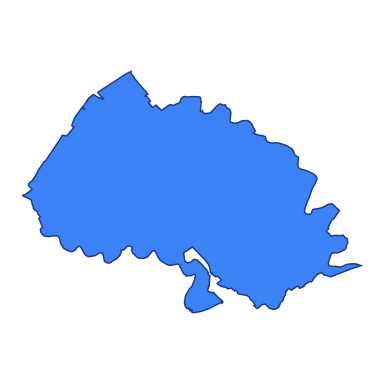 Pantelimon, Ilfov, Romania (Robinson projection)
{"feature_id": "2599482B87197553509552", "entity_name": "Pantelimon", "entity_type": "district", "adm_level": 2, "iso_a3": "ROU", "parent_name": "Romania", "parent_adm1": "Ilfov", "projection": "robinson", "projection_center": [26.262, 44.455], "detail": "fine", "context": "isolated", "style": "filled", "palette": "blue", "viewbox_px": 384, "rotation_deg": 0, "n_neighbors": 0, "source": "geoboundaries", "source_scale": "gbopen_adm2", "svg_char_len": 6005}
<svg xmlns="http://www.w3.org/2000/svg" viewBox="0 0 384 384"><path d="M361.0,265.6L355.8,263.9L351.8,263.8L347.0,264.3L341.9,266.7L339.6,267.1L335.6,266.3L331.4,266.4L329.2,265.8L328.5,264.4L328.3,263.5L329.0,260.0L331.2,253.9L332.5,253.1L335.0,252.8L337.5,252.9L340.0,252.0L344.5,249.8L345.6,248.6L346.3,246.8L346.6,245.3L347.8,242.4L347.3,238.8L345.1,237.6L343.1,235.2L340.3,235.6L335.1,235.4L331.1,236.2L330.3,234.9L327.0,231.8L326.6,230.8L327.2,229.7L328.7,229.1L328.7,228.8L328.2,227.5L328.9,226.0L329.1,225.1L329.3,225.0L331.6,220.5L334.2,218.2L339.5,210.6L332.0,203.7L328.0,204.4L322.7,207.4L318.9,208.5L313.3,209.3L312.4,210.0L311.4,213.7L307.7,214.4L305.7,213.4L304.4,211.7L305.3,207.1L310.6,193.5L311.3,191.1L312.9,187.3L314.3,185.2L316.3,180.9L316.8,179.6L317.0,177.9L315.9,176.1L313.3,173.8L307.8,171.2L304.8,170.2L302.0,169.6L299.2,168.2L298.2,167.1L297.9,165.1L298.0,161.5L298.5,158.7L298.4,157.5L297.9,156.8L294.8,154.9L294.0,153.1L293.3,150.7L291.7,148.7L287.6,146.1L286.2,145.5L283.0,144.3L279.1,143.2L276.9,142.7L272.5,143.0L270.6,142.9L268.6,142.3L267.6,141.8L266.2,140.2L265.4,137.1L264.5,136.3L262.8,135.7L260.0,135.4L258.0,134.8L253.8,133.4L253.5,132.6L254.3,132.2L254.8,131.4L255.3,131.2L254.4,129.1L253.2,127.2L252.3,124.9L249.7,121.5L247.7,120.7L246.5,120.5L241.9,120.8L238.4,122.6L236.0,123.2L233.8,123.1L230.6,122.2L230.1,121.7L229.8,120.6L230.2,119.1L230.8,113.1L230.6,111.3L229.8,109.6L229.2,109.1L227.1,107.9L226.6,107.4L225.6,105.9L225.8,105.2L225.3,104.9L222.9,105.3L222.3,104.7L220.9,104.0L219.7,104.0L219.0,104.4L216.1,106.8L211.0,112.3L209.7,113.1L204.6,113.5L203.2,112.7L202.5,110.9L202.4,111.2L200.6,111.6L200.4,111.4L200.9,103.1L201.4,102.2L201.4,101.6L201.1,101.1L200.3,97.5L199.3,96.9L195.4,96.6L191.4,96.7L188.2,97.0L184.3,96.5L183.4,96.7L182.4,97.5L181.4,98.8L180.7,99.2L180.2,101.5L179.6,102.7L177.8,103.6L176.3,103.9L173.8,105.4L173.3,105.5L172.0,105.0L170.6,104.7L169.2,105.0L161.5,110.4L156.1,105.1L152.6,107.4L148.5,102.5L150.5,101.2L146.6,96.1L144.5,96.4L146.8,94.7L147.9,94.1L138.6,83.4L134.6,78.5L133.5,76.5L132.1,74.9L131.3,73.7L131.1,73.0L131.1,71.4L126.0,73.9L97.9,92.2L98.4,93.3L102.1,97.9L103.3,98.8L102.2,99.0L98.9,97.7L96.6,96.5L93.8,94.6L92.6,94.9L88.7,98.3L87.3,100.0L87.7,100.2L86.0,102.4L83.8,105.6L82.6,106.8L84.7,109.1L84.5,109.3L81.7,107.9L74.2,118.5L71.8,125.6L72.4,126.6L74.1,127.2L66.8,135.9L62.3,135.2L61.8,136.2L62.0,136.2L61.5,137.1L45.3,161.3L44.0,161.8L42.1,164.9L39.2,168.9L35.5,175.6L32.5,180.3L28.9,183.4L28.4,185.2L29.6,186.8L32.1,189.4L25.1,194.6L23.0,195.0L23.4,195.6L23.3,196.4L23.9,196.3L26.2,197.2L28.9,198.5L31.3,200.0L31.5,201.2L32.0,202.8L32.1,204.0L33.2,206.3L33.4,208.3L33.7,209.0L35.4,210.5L36.8,211.4L37.7,212.3L37.5,213.1L38.6,214.8L40.4,217.0L38.8,218.2L42.6,227.4L41.0,228.5L40.3,230.0L40.9,232.3L41.7,233.6L42.9,234.9L44.0,235.7L44.9,236.1L46.5,236.4L49.7,236.6L52.9,235.9L55.1,235.8L57.9,236.2L59.5,238.1L60.5,243.0L61.2,244.7L62.0,245.6L63.2,247.8L64.0,248.6L67.1,250.4L71.1,251.7L72.1,251.7L74.6,250.5L75.8,249.2L75.6,249.1L76.1,248.4L76.5,248.3L77.8,247.0L78.5,246.6L79.7,246.4L80.4,246.7L80.8,247.1L84.1,253.2L85.3,254.8L86.1,255.6L88.2,256.6L89.1,256.7L95.5,255.5L99.3,252.9L99.8,252.8L101.4,253.0L102.1,253.3L103.0,254.5L104.4,261.0L105.2,261.8L106.6,262.6L107.5,262.9L109.1,263.1L111.3,262.1L113.8,260.1L115.8,259.3L116.9,258.6L118.6,256.9L120.2,254.7L121.4,251.5L121.5,250.1L122.6,250.1L123.8,249.7L126.1,247.7L126.9,246.7L127.6,246.2L128.2,245.9L129.1,245.9L131.4,246.6L132.1,247.4L132.3,247.8L131.5,249.3L131.8,250.8L132.0,251.1L132.6,253.0L133.0,253.6L133.8,253.9L135.4,255.8L136.3,256.3L137.1,257.3L138.2,257.8L139.7,258.2L144.0,258.2L146.9,257.2L147.6,256.8L148.6,255.7L150.9,252.9L151.7,251.5L153.7,250.7L154.2,250.8L155.6,252.1L158.6,258.1L160.1,260.1L162.6,262.0L167.3,264.7L169.3,265.3L171.2,265.3L176.9,264.1L178.7,264.3L179.7,265.5L180.2,267.4L181.0,268.2L181.4,269.5L182.7,271.4L183.2,273.0L184.1,274.2L184.6,274.7L186.5,275.3L186.4,276.0L188.2,275.6L191.0,275.6L194.1,274.2L195.2,274.4L195.4,275.7L194.8,278.2L194.7,279.7L191.6,286.8L189.2,289.1L188.2,291.4L185.7,295.1L185.8,295.9L185.3,296.6L184.8,300.9L184.5,301.2L184.5,303.1L184.9,304.4L185.2,304.4L185.3,305.0L185.1,305.0L185.1,305.5L185.3,306.6L186.2,307.1L186.7,308.4L188.5,308.9L188.5,308.4L188.8,308.4L188.8,308.8L189.9,309.1L190.1,309.7L189.8,309.7L189.8,310.4L191.8,309.8L192.1,310.4L191.2,311.3L192.4,312.6L194.6,312.6L199.2,311.8L203.9,310.5L209.2,308.5L221.0,302.5L221.4,302.6L221.9,303.4L222.7,302.6L222.0,301.6L222.6,301.2L217.7,297.0L213.8,292.7L213.3,293.2L212.4,292.5L211.5,292.4L210.1,291.9L209.2,292.0L208.1,291.3L207.7,289.6L207.7,288.9L208.3,288.3L208.3,287.3L208.5,287.3L209.2,286.4L209.1,285.8L209.9,275.5L209.0,275.3L208.5,274.8L208.0,272.1L207.1,270.8L206.7,269.7L205.2,268.3L201.9,264.4L197.7,260.3L194.5,259.4L193.6,259.6L192.6,260.2L191.2,261.8L187.8,262.9L186.2,262.2L185.1,260.8L184.8,261.0L183.6,252.8L192.5,247.0L204.3,259.1L208.3,264.2L209.8,267.7L210.5,272.9L212.1,272.9L212.1,274.3L212.6,274.3L215.0,276.6L218.1,276.4L221.4,280.0L217.1,283.5L217.7,284.1L219.1,285.2L222.0,286.6L222.2,286.4L224.0,287.1L224.3,286.8L225.7,287.3L228.0,288.8L231.5,288.1L234.5,290.9L235.3,290.2L236.4,290.9L237.1,291.6L237.9,293.6L241.3,294.5L245.2,295.1L247.3,295.7L248.9,296.8L249.4,297.4L250.5,299.8L251.8,300.6L253.0,301.7L255.3,305.3L254.0,305.6L256.0,307.7L257.3,308.6L258.5,307.8L261.5,304.9L262.4,304.5L265.5,304.1L267.9,306.6L269.0,308.0L269.6,308.4L271.8,308.9L273.0,309.4L275.2,309.1L277.0,308.4L278.2,307.6L278.8,306.8L280.0,304.3L280.7,302.2L281.1,302.2L282.0,301.5L283.0,300.4L283.4,299.4L283.8,297.5L284.4,296.2L285.4,295.2L285.5,293.4L286.0,291.9L285.7,291.3L286.9,290.6L288.4,288.4L291.5,290.2L296.5,286.8L298.1,286.0L299.4,288.3L303.9,286.5L304.1,285.4L307.5,282.7L309.1,282.1L311.7,281.5L312.1,281.2L313.8,278.4L314.7,277.2L315.9,276.2L316.8,275.0L317.4,274.5L320.8,272.6L321.4,272.5L323.6,274.8L330.8,276.8L353.8,267.8L358.1,266.7L361.0,265.6Z" fill="#3b82f6" stroke="#1e3a8a" stroke-width="1.5"/></svg>